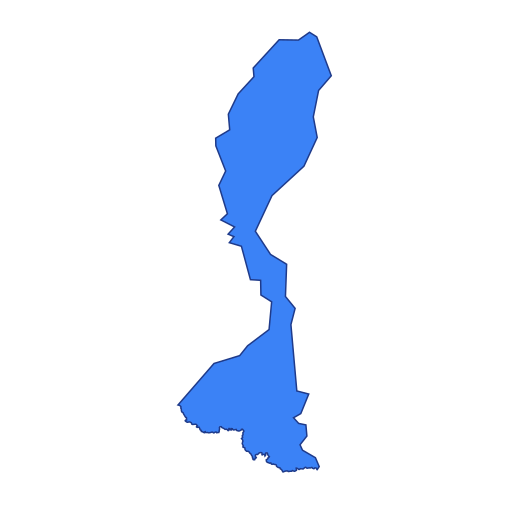 the district of Nzara, Western Equatoria, South Sudan, rotated 355°
{"feature_id": "79223893B44878437184267", "entity_name": "Nzara", "entity_type": "district", "adm_level": 2, "iso_a3": "SSD", "parent_name": "South Sudan", "parent_adm1": "Western Equatoria", "projection": "albers", "projection_center": [28.083, 5.312], "detail": "fine", "context": "isolated", "style": "filled", "palette": "blue", "viewbox_px": 512, "rotation_deg": 355, "n_neighbors": 0, "source": "geoboundaries", "source_scale": "gbopen_adm2", "svg_char_len": 4205}
<svg xmlns="http://www.w3.org/2000/svg" viewBox="0 0 512 512"><g transform="rotate(355 256 256)"><path d="M328.8,37.8L317.1,44.6L297.9,42.6L269.6,68.5L269.6,77.2L252.4,92.9L240.8,112.3L240.8,128.0L226.1,135.1L225.6,142.8L233.2,168.7L225.1,182.4L231.2,211.4L224.1,217.0L237.2,225.2L230.1,231.8L235.7,234.8L230.6,240.4L242.3,245.0L248.4,279.1L258.5,280.6L257.5,295.3L267.6,303.0L262.6,330.4L239.8,344.7L231.1,353.8L204.8,359.4L165.3,397.6L166.9,398.2L167.7,399.0L168.1,399.8L167.8,401.0L168.2,401.6L168.2,402.4L168.2,403.1L168.2,403.7L168.5,404.9L169.2,405.3L169.7,405.7L169.9,406.6L170.5,407.9L171.0,408.8L171.2,409.4L171.8,410.5L172.6,410.9L172.6,411.8L172.6,412.6L172.6,413.3L171.5,413.4L171.1,414.0L171.7,414.7L172.7,415.5L173.5,415.7L174.3,415.5L175.4,415.5L176.4,416.0L177.0,416.5L177.3,417.4L177.4,417.9L178.2,418.3L179.2,418.3L180.3,418.3L181.2,418.3L182.0,418.7L182.2,419.1L182.8,420.0L182.2,420.4L181.8,421.0L182.4,421.6L183.5,421.6L184.4,421.6L185.0,423.2L185.1,424.0L185.5,424.6L186.2,424.9L186.3,426.1L187.4,426.3L187.9,426.9L189.0,427.5L189.3,426.8L190.1,426.6L190.1,427.3L190.5,427.5L192.3,427.6L193.3,428.0L194.7,428.0L195.8,427.8L196.6,427.6L197.5,427.7L198.1,428.4L198.7,428.6L199.3,428.2L200.4,427.8L201.0,427.9L201.3,428.4L201.5,428.7L202.1,428.6L202.9,428.4L203.5,428.6L204.0,427.8L204.1,427.0L204.3,426.0L204.6,425.4L204.6,424.7L204.6,423.7L205.0,423.1L205.6,422.9L206.6,423.0L207.0,423.9L207.7,424.3L208.4,424.7L209.2,425.2L210.0,426.0L210.7,426.0L211.6,426.0L212.4,426.7L212.8,427.4L213.4,427.5L213.7,426.8L213.6,426.2L214.0,425.5L214.8,425.6L214.8,426.2L215.0,426.9L216.2,427.1L216.2,426.5L216.5,425.8L217.4,426.0L217.6,426.6L217.9,427.0L218.3,427.3L219.4,427.3L220.5,427.1L221.2,427.1L221.3,427.7L222.0,428.4L222.7,428.5L223.3,428.8L224.4,428.8L225.1,428.5L226.6,427.8L226.6,427.4L227.5,427.4L227.9,428.1L228.6,429.1L228.6,429.6L228.1,430.3L227.6,430.7L227.5,431.6L227.5,432.4L227.5,433.0L226.9,433.4L226.6,434.0L226.7,434.6L226.9,435.4L226.6,435.9L225.9,436.3L225.6,436.6L226.4,437.6L226.7,438.2L226.8,439.4L226.4,440.1L226.3,440.6L225.9,441.7L226.2,442.5L226.5,443.4L226.8,444.1L226.4,444.6L226.5,445.5L227.4,445.7L228.1,446.1L228.2,446.9L228.2,447.9L228.6,448.6L229.6,449.7L230.4,449.8L231.3,449.9L232.1,450.6L232.5,451.6L233.7,452.8L233.9,453.5L234.5,454.6L234.9,455.4L234.9,456.3L234.9,456.8L235.2,457.1L235.4,457.3L235.2,458.0L235.4,458.5L236.2,458.9L237.0,458.8L237.4,457.7L237.6,457.3L238.1,457.4L238.7,456.9L238.3,456.1L237.9,455.5L237.9,455.1L238.1,454.2L239.2,453.7L240.3,453.9L240.5,453.7L241.3,453.1L241.6,452.8L242.1,452.4L243.7,452.2L244.6,452.5L244.8,453.6L244.6,454.5L244.9,454.7L245.7,454.3L246.6,454.3L247.2,454.4L247.4,455.2L247.5,456.0L248.2,455.3L248.4,454.5L248.4,453.6L248.8,453.0L250.0,453.2L250.3,453.8L250.3,454.7L250.7,455.6L251.2,456.5L251.8,456.9L251.4,457.6L250.2,458.3L250.2,458.8L249.8,459.3L249.2,459.6L248.5,459.8L248.4,460.9L248.6,461.8L249.4,462.6L250.5,463.0L251.2,463.5L251.9,463.6L252.7,463.4L253.0,464.0L253.2,464.6L253.9,464.9L254.6,464.8L255.2,464.7L255.5,465.0L256.4,465.3L257.4,465.5L257.9,465.9L258.1,466.4L258.1,467.2L259.0,468.1L259.7,468.6L260.3,468.8L261.1,469.0L261.6,469.4L261.6,470.1L262.6,470.8L263.2,471.7L263.6,472.3L263.6,472.8L264.1,473.5L265.0,473.3L265.7,473.0L266.5,472.9L267.5,472.7L268.0,472.9L268.9,472.9L269.2,473.4L269.9,473.6L271.0,473.4L272.0,473.5L272.9,473.5L273.5,472.9L274.2,473.2L275.4,473.8L276.1,473.7L276.8,473.4L277.6,473.0L277.6,472.2L277.5,471.4L277.6,470.8L278.3,471.0L279.0,471.4L279.9,472.3L280.8,472.4L281.5,471.7L282.2,471.9L283.3,472.0L284.3,472.3L284.7,472.0L285.4,471.6L286.0,471.1L287.0,470.8L287.5,471.1L288.0,471.7L288.9,471.9L289.9,471.7L290.7,471.6L291.2,471.9L291.5,471.9L292.3,471.7L293.2,471.5L293.5,471.7L293.8,472.3L294.4,472.6L294.8,472.9L295.4,472.9L295.7,472.6L296.2,472.2L297.2,472.4L297.8,472.9L298.1,474.1L298.3,474.2L300.6,471.3L297.6,462.1L285.4,453.5L283.4,447.9L291.0,439.8L291.0,428.6L283.9,426.5L279.3,420.4L286.9,416.9L296.5,398.1L284.9,394.0L284.8,327.4L290.4,311.6L281.8,298.9L285.8,266.9L270.6,255.7L257.5,231.3L277.2,197.2L311.6,170.7L327.3,143.3L325.2,122.4L332.8,96.5L346.7,83.0L335.6,43.0L328.8,37.8Z" fill="#3b82f6" stroke="#1e3a8a" stroke-width="1.5"/></g></svg>